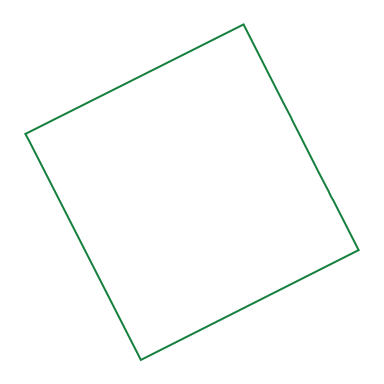 Norton, Kansas, United States of America (Robinson projection), rotated 63°
{"feature_id": "52423323B84788735948293", "entity_name": "Norton", "entity_type": "district", "adm_level": 2, "iso_a3": "USA", "parent_name": "United States of America", "parent_adm1": "Kansas", "projection": "robinson", "projection_center": [-99.829, 39.784], "detail": "fine", "context": "isolated", "style": "outline", "palette": "green", "viewbox_px": 384, "rotation_deg": 63, "n_neighbors": 0, "source": "geoboundaries", "source_scale": "gbopen_adm2", "svg_char_len": 408}
<svg xmlns="http://www.w3.org/2000/svg" viewBox="0 0 384 384"><g transform="rotate(63 192 192)"><path d="M318.4,313.8L319.4,69.9L319.1,69.9L318.1,69.9L276.2,69.9L270.5,69.9L263.8,69.9L259.1,70.2L255.7,70.1L252.1,69.9L250.5,70.0L233.2,70.2L190.4,70.1L179.5,70.1L173.1,70.1L171.4,69.9L153.7,70.1L151.8,70.1L66.1,70.0L64.6,314.1L73.2,313.9L318.4,313.8Z" fill="none" stroke="#15803d" stroke-width="2"/></g></svg>